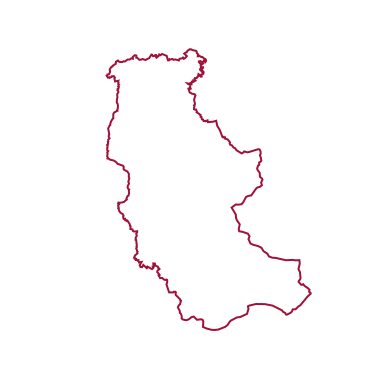 Prachantakham, Prachin Buri, Thailand, rotated 157°
{"feature_id": "78962969B79436242048830", "entity_name": "Prachantakham", "entity_type": "district", "adm_level": 2, "iso_a3": "THA", "parent_name": "Thailand", "parent_adm1": "Prachin Buri", "projection": "albers", "projection_center": [101.555, 14.221], "detail": "fine", "context": "isolated", "style": "outline", "palette": "rose", "viewbox_px": 384, "rotation_deg": 157, "n_neighbors": 0, "source": "geoboundaries", "source_scale": "gbopen_adm2", "svg_char_len": 6092}
<svg xmlns="http://www.w3.org/2000/svg" viewBox="0 0 384 384"><g transform="rotate(157 192 192)"><path d="M256.7,255.9L255.8,255.4L254.8,253.8L251.8,251.6L250.2,249.3L249.5,247.0L245.2,243.1L245.0,241.9L246.0,240.0L245.7,238.8L243.5,236.2L243.0,233.5L244.4,230.2L244.4,229.0L246.5,226.5L246.7,224.3L248.6,222.9L249.6,221.1L249.4,219.6L248.8,218.8L249.7,217.8L250.2,215.8L251.8,213.5L253.0,213.4L255.0,211.5L254.9,210.6L258.8,209.4L262.2,210.1L263.9,211.0L264.6,210.2L264.1,209.0L265.3,208.4L265.5,206.7L266.2,206.1L265.8,205.6L266.2,204.9L266.4,202.3L265.6,200.2L264.5,199.0L264.3,197.6L264.3,196.8L264.9,196.5L265.5,194.3L265.2,193.7L264.2,193.5L264.6,192.9L264.4,191.8L263.1,191.6L263.2,190.6L262.5,190.4L261.9,186.6L262.3,185.1L261.9,184.4L263.2,182.0L261.4,180.8L261.6,179.2L260.7,178.2L257.8,177.3L258.2,176.4L259.7,175.3L259.9,173.3L261.8,171.9L262.1,170.3L262.6,170.0L262.2,169.4L263.9,163.8L264.5,163.4L264.5,162.5L265.4,161.9L265.4,159.7L265.7,159.3L265.4,158.4L266.4,157.2L266.3,156.8L269.2,155.9L270.9,154.2L270.4,153.9L270.8,152.9L269.6,152.3L270.2,151.3L268.2,150.4L268.8,149.9L268.1,149.0L268.3,147.9L265.8,147.3L268.8,145.0L268.8,143.3L267.3,142.3L265.3,143.9L263.4,139.5L262.6,139.9L262.8,140.8L262.3,140.9L258.9,136.6L257.3,137.2L257.3,138.6L256.2,138.3L255.6,138.8L256.0,140.2L255.5,141.4L254.1,140.6L254.6,138.8L252.6,136.6L252.8,134.5L252.1,134.4L252.0,133.8L254.5,133.0L255.3,132.0L254.2,128.6L254.3,128.2L255.3,128.3L255.0,125.2L253.0,124.5L252.1,122.5L251.0,121.5L249.5,121.3L249.2,120.8L250.1,118.6L251.6,116.9L252.3,108.5L248.5,106.9L247.6,107.3L246.3,106.7L246.0,105.9L246.7,105.3L247.2,103.5L245.0,98.2L245.1,96.6L244.6,96.3L246.8,93.4L248.5,92.8L250.1,91.3L249.7,87.4L250.4,85.4L249.9,84.7L249.8,83.4L250.1,81.3L250.9,79.8L250.5,78.5L248.0,76.5L246.8,76.1L244.4,76.1L241.5,77.0L239.1,76.7L237.3,72.4L234.0,71.5L232.9,71.0L232.1,69.9L232.2,68.3L234.6,63.5L232.2,60.9L228.0,57.6L225.2,56.2L221.6,55.1L214.2,54.9L211.3,55.6L207.8,58.0L206.0,58.5L199.7,59.0L196.5,58.1L189.0,58.3L185.7,62.3L185.2,64.9L183.8,65.1L176.9,63.9L168.7,60.3L162.3,56.0L155.4,47.9L155.0,46.1L153.5,44.4L153.3,42.4L152.6,42.0L148.3,42.3L146.8,42.9L145.1,44.6L142.5,43.6L138.6,45.1L136.5,45.4L126.5,50.6L122.5,52.0L122.3,52.9L123.2,54.4L122.0,56.1L122.9,58.2L125.1,61.6L125.7,63.7L127.1,63.6L127.8,64.0L129.0,67.6L128.7,68.2L126.5,69.4L125.7,70.4L123.9,76.2L124.2,79.3L120.8,84.0L119.8,87.3L123.4,88.6L125.7,90.1L132.2,92.5L140.7,98.6L143.8,100.2L146.4,102.7L146.7,105.8L149.3,109.6L149.7,112.8L150.2,114.0L152.2,116.3L156.4,119.6L158.3,121.8L158.4,126.6L156.3,128.8L156.9,131.9L161.2,135.7L163.9,137.4L163.6,139.4L160.7,143.6L161.7,148.4L161.6,150.9L160.5,154.2L161.6,162.2L156.7,163.4L153.7,162.0L151.1,161.4L148.9,162.5L144.2,166.3L141.8,166.4L138.7,165.7L131.5,170.2L130.0,170.6L127.6,170.2L125.0,170.9L124.7,173.7L122.3,175.8L122.3,177.0L123.5,179.5L122.2,183.1L123.0,186.7L122.9,188.1L120.9,190.5L119.5,190.7L118.7,192.9L116.9,193.1L116.0,193.7L115.3,196.3L115.1,199.3L113.9,200.3L113.1,202.3L113.1,204.6L114.2,205.5L124.5,206.6L125.5,206.9L128.2,209.0L129.2,208.3L131.2,208.1L134.2,212.3L134.8,213.2L135.1,215.3L136.4,216.8L137.0,219.3L138.3,220.5L138.4,221.9L137.6,222.8L138.6,226.5L140.7,228.2L140.3,229.3L141.0,229.4L141.2,230.4L142.2,230.3L142.5,230.7L142.2,238.1L142.9,243.2L141.9,248.1L145.2,248.5L150.1,250.1L149.7,251.9L151.9,251.8L152.1,252.3L153.6,252.8L153.5,254.4L154.5,255.1L154.0,257.4L154.7,257.8L154.0,259.7L154.7,260.1L154.8,261.0L156.6,263.6L156.1,264.1L156.1,266.4L157.0,266.6L157.8,267.5L157.3,268.7L156.1,270.1L156.3,271.0L155.3,271.3L154.8,272.0L154.0,276.2L151.0,279.7L151.4,281.0L153.7,282.6L155.2,284.5L154.9,288.6L154.0,288.5L153.4,287.6L152.8,287.6L152.8,289.5L151.4,291.3L152.0,292.1L153.2,292.6L153.7,293.7L152.6,293.0L150.7,292.8L150.1,291.8L149.1,293.6L147.9,292.8L147.4,292.9L147.3,293.8L146.7,293.2L145.3,293.2L145.8,294.5L145.7,295.1L144.8,295.7L143.2,295.0L142.3,295.8L140.8,296.0L140.8,296.9L140.0,298.0L138.9,296.2L138.8,294.7L138.0,294.5L137.3,296.5L135.5,296.3L134.6,297.5L135.7,298.0L135.9,298.8L134.8,298.6L134.9,300.7L136.4,300.5L136.8,301.2L136.5,302.0L133.2,302.0L133.1,302.6L135.0,303.5L134.6,305.1L131.7,305.9L132.1,306.4L133.9,306.0L134.9,308.9L134.7,309.5L132.9,309.1L132.0,307.6L131.2,307.3L129.4,308.5L129.4,307.0L129.0,306.3L127.7,307.3L127.6,309.0L128.7,310.1L129.8,312.4L130.7,312.6L131.8,314.2L132.7,314.3L132.6,315.1L133.5,315.0L132.7,316.5L133.3,318.2L132.8,319.5L133.2,320.5L135.9,322.2L137.3,323.9L138.2,323.9L138.5,324.3L140.9,323.8L142.4,322.6L143.3,322.9L145.1,322.4L143.6,319.1L146.2,317.9L147.5,317.8L147.8,319.3L148.9,318.9L151.4,319.5L152.7,318.2L155.6,320.6L157.3,320.8L158.0,322.1L160.6,322.5L160.9,323.0L161.8,322.2L162.7,322.6L162.1,327.2L165.7,330.8L167.4,330.2L168.4,331.4L169.4,330.3L172.2,329.5L172.3,330.5L171.3,331.4L171.4,332.0L172.1,332.4L174.0,332.0L174.9,332.4L175.1,334.1L175.6,334.4L179.1,332.0L183.3,331.7L185.6,333.8L186.4,333.6L188.7,334.2L190.1,337.1L190.8,337.5L189.9,339.4L191.3,340.3L193.7,339.5L194.4,337.8L195.7,338.8L197.6,338.3L199.5,339.1L202.7,338.4L204.1,339.1L205.2,338.8L206.3,339.2L208.0,340.2L208.7,341.1L208.7,341.9L209.1,342.0L211.1,341.6L212.1,339.8L215.8,339.2L216.1,338.6L217.4,338.6L219.8,337.1L220.4,334.7L222.0,333.1L222.5,332.8L224.0,333.2L224.4,332.4L225.1,332.3L224.7,330.1L223.3,329.9L223.3,329.3L221.1,329.3L220.8,329.9L218.8,329.3L218.3,327.4L219.0,327.0L219.6,323.8L216.5,323.2L217.1,322.7L216.7,321.7L217.7,320.3L217.4,319.5L217.8,319.5L218.2,318.1L218.7,317.9L218.3,317.3L219.5,315.7L220.2,315.9L220.9,314.8L220.5,314.0L220.6,312.8L222.7,311.2L223.6,308.4L224.9,306.7L226.3,303.7L226.0,302.3L226.4,300.5L227.8,297.7L229.2,296.4L229.0,295.9L232.5,295.6L234.0,294.5L235.7,290.5L236.3,290.5L238.9,288.6L240.8,286.4L241.0,285.6L241.7,285.5L244.3,283.3L245.7,277.1L246.3,276.9L247.1,275.4L246.9,273.6L248.6,273.0L249.3,271.3L249.8,271.2L250.2,269.5L251.6,268.6L251.3,268.2L251.8,268.0L252.0,266.6L252.9,265.7L252.8,265.3L253.7,263.8L253.7,262.9L253.2,262.4L254.7,261.3L254.7,260.3L256.2,258.0L256.0,256.8L256.7,255.9Z" fill="none" stroke="#9f1239" stroke-width="2"/></g></svg>